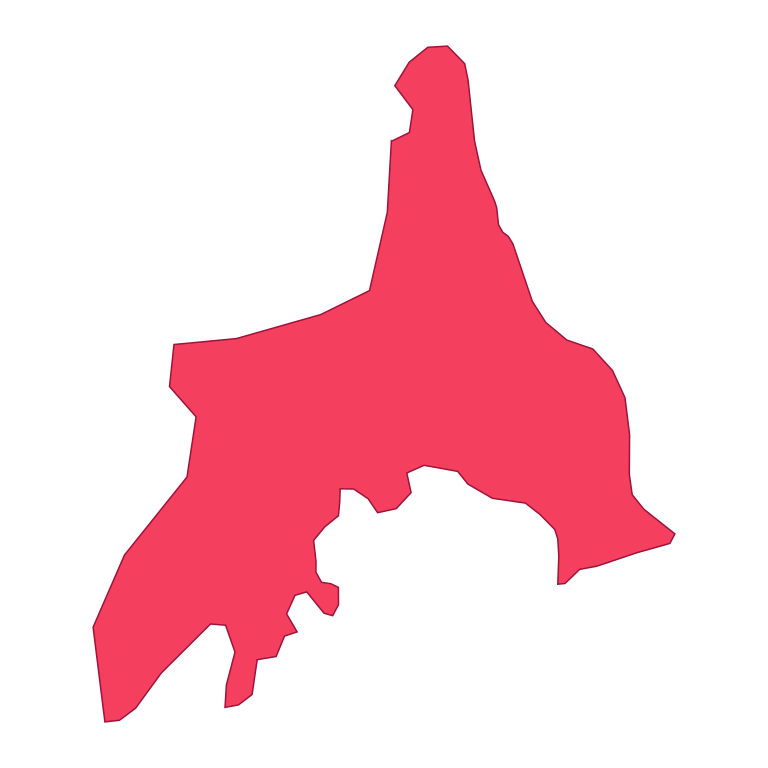 SVG path tracing the border of Rasŏn
{"feature_id": "PRK-5495", "entity_name": "Rasŏn", "entity_type": "Province", "adm_level": 1, "iso_a3": "PRK", "parent_name": "North Korea", "parent_adm1": "", "projection": "orthographic", "projection_center": [130.457, 42.392], "detail": "fine", "context": "isolated", "style": "filled", "palette": "rose", "viewbox_px": 768, "rotation_deg": 0, "n_neighbors": 0, "source": "natural_earth", "source_scale": "10m", "svg_char_len": 1228}
<svg xmlns="http://www.w3.org/2000/svg" viewBox="0 0 768 768"><path d="M447.5,46.1L464.7,63.7L468.1,80.4L474.6,141.3L481.0,170.3L494.6,201.1L496.7,207.7L498.5,224.7L502.8,232.3L508.4,236.5L513.0,244.1L532.3,301.3L545.8,322.5L566.9,340.1L592.8,349.0L612.5,370.5L625.0,397.7L629.6,434.9L629.3,474.0L632.2,494.7L643.8,509.2L674.9,533.9L669.9,543.4L637.3,552.6L596.7,566.2L579.6,569.4L565.0,583.5L557.8,584.2L558.8,556.1L557.8,539.1L554.8,529.5L539.9,514.4L525.4,503.1L492.4,498.3L467.9,484.1L457.7,471.4L424.0,465.3L406.8,473.0L411.1,492.6L396.3,508.6L377.6,512.7L368.1,498.7L353.6,489.0L340.2,488.8L339.7,502.4L338.4,515.8L324.8,526.8L313.6,540.4L316.0,561.3L315.9,572.1L321.5,582.3L330.8,583.7L338.4,587.4L338.5,604.7L332.7,615.7L324.0,613.2L306.7,591.9L295.0,595.3L286.6,613.9L297.1,631.9L284.5,636.1L276.1,656.5L257.2,659.7L252.1,694.5L238.5,704.9L225.0,707.4L226.4,685.0L235.0,652.1L225.6,625.2L210.5,624.0L161.3,673.0L135.6,708.2L119.4,720.3L104.9,721.9L93.1,627.2L124.5,555.0L187.0,477.0L196.1,416.8L169.5,386.6L174.0,344.5L236.2,338.6L320.6,314.6L369.5,290.6L387.3,212.4L391.4,140.8L391.8,141.1L409.4,132.5L412.9,109.6L394.8,85.7L409.2,62.2L427.8,47.3L447.5,46.1Z" fill="#f43f5e" stroke="#9f1239" stroke-width="1.5"/></svg>